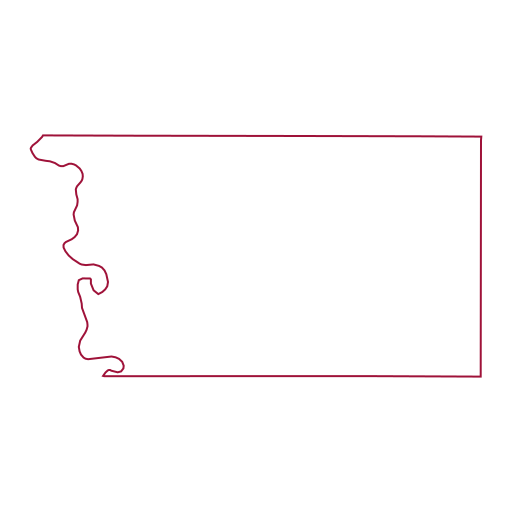 the district of Pottawattamie, Iowa, United States of America
{"feature_id": "52423323B19646678689776", "entity_name": "Pottawattamie", "entity_type": "district", "adm_level": 2, "iso_a3": "USA", "parent_name": "United States of America", "parent_adm1": "Iowa", "projection": "mercator", "projection_center": [-95.883, 41.333], "detail": "fine", "context": "isolated", "style": "outline", "palette": "rose", "viewbox_px": 512, "rotation_deg": 0, "n_neighbors": 0, "source": "geoboundaries", "source_scale": "gbopen_adm2", "svg_char_len": 1435}
<svg xmlns="http://www.w3.org/2000/svg" viewBox="0 0 512 512"><path d="M481.3,136.6L421.6,136.3L302.5,136.0L133.2,135.7L43.0,135.4L42.1,136.9L37.2,141.9L32.7,145.4L31.0,147.7L30.7,148.6L30.9,149.6L32.5,153.1L34.9,156.8L36.4,158.3L38.6,159.5L45.7,160.8L49.9,161.3L54.9,163.0L59.0,165.6L60.7,166.1L63.4,166.1L68.9,163.8L71.3,163.7L74.0,164.4L76.0,165.4L79.7,168.5L81.4,171.0L82.6,173.9L82.8,176.4L82.4,179.0L81.8,180.5L80.7,182.1L77.1,186.2L76.4,187.6L75.8,189.3L76.3,194.4L77.6,199.2L77.6,201.9L77.1,205.4L73.9,212.2L73.6,214.5L73.9,216.0L74.8,220.6L77.9,227.2L78.1,230.5L77.0,234.2L74.6,237.1L71.8,239.2L65.9,242.0L64.5,243.2L63.5,245.0L63.6,247.6L65.5,251.4L68.7,255.5L72.7,259.1L79.7,263.7L81.6,264.5L85.9,265.1L93.5,264.4L99.0,265.9L101.9,267.5L104.5,270.4L106.3,274.2L108.0,282.0L107.3,286.0L107.2,286.4L105.2,289.4L102.3,292.0L98.3,294.1L93.6,290.3L90.9,283.6L90.9,279.4L90.1,278.5L82.6,278.4L78.8,280.2L77.7,284.5L77.7,285.7L77.7,289.4L78.2,292.0L80.1,296.7L80.4,297.9L81.7,303.6L82.0,307.9L84.2,313.9L87.2,322.1L87.5,324.8L87.5,326.4L86.6,329.7L85.3,332.5L80.2,340.6L78.8,346.9L79.6,351.4L81.0,354.6L83.6,357.6L85.5,358.7L88.1,359.2L111.5,356.5L115.6,357.3L119.1,358.9L122.2,361.8L123.7,365.7L123.7,365.8L123.4,368.4L121.1,371.4L117.7,372.3L111.3,370.7L110.1,370.0L108.9,370.0L107.8,370.4L105.5,372.5L103.1,375.9L104.2,376.2L361.7,376.1L480.7,376.6L481.0,140.2L481.3,136.6Z" fill="none" stroke="#9f1239" stroke-width="2"/></svg>